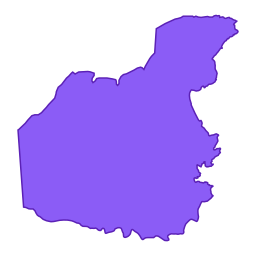 Louvet, Dennery, Saint Lucia (Albers equal-area conic projection)
{"feature_id": "8701671B45979799747328", "entity_name": "Louvet", "entity_type": "district", "adm_level": 2, "iso_a3": "LCA", "parent_name": "Saint Lucia", "parent_adm1": "Dennery", "projection": "albers", "projection_center": [-60.883, 13.961], "detail": "fine", "context": "isolated", "style": "filled", "palette": "violet", "viewbox_px": 256, "rotation_deg": 0, "n_neighbors": 0, "source": "geoboundaries", "source_scale": "gbopen_adm2", "svg_char_len": 5828}
<svg xmlns="http://www.w3.org/2000/svg" viewBox="0 0 256 256"><path d="M18.0,130.0L23.6,207.1L26.0,207.5L28.8,208.8L30.7,209.0L33.1,209.0L34.9,210.7L36.1,213.2L37.4,215.2L39.0,216.3L40.1,216.7L43.1,219.3L46.4,220.7L47.7,221.0L51.0,221.7L53.7,221.5L59.7,220.3L63.8,220.0L67.8,220.1L71.8,220.8L73.7,221.5L76.9,223.0L78.7,223.2L80.0,223.9L81.2,225.4L82.9,226.3L86.0,226.4L87.6,226.6L89.9,228.1L90.5,228.4L91.8,228.2L94.1,228.4L95.2,228.1L95.8,228.2L96.8,228.6L98.0,229.8L98.7,230.2L99.2,230.4L100.2,230.5L100.8,230.4L102.2,228.7L102.6,228.4L102.9,228.3L103.8,228.5L104.5,229.5L105.2,232.8L105.6,233.2L105.9,233.3L106.3,233.2L108.9,232.3L111.6,231.8L112.7,231.4L113.8,230.9L114.2,230.6L115.2,228.7L115.4,228.6L116.3,228.4L117.8,227.7L119.7,227.7L120.8,228.1L121.4,228.7L122.6,232.0L123.3,233.2L123.6,236.2L123.7,236.6L124.2,237.1L124.6,237.3L125.7,237.3L127.3,236.7L128.2,236.2L129.3,235.2L130.3,233.9L131.1,231.0L131.6,229.9L131.9,229.6L132.3,229.5L132.9,229.7L134.9,231.4L137.2,232.8L138.2,233.6L139.8,235.7L141.5,238.7L142.3,239.4L142.8,239.5L143.2,239.4L144.4,238.5L145.6,237.8L147.6,237.6L153.7,237.6L155.5,236.1L156.6,235.9L158.2,236.2L159.1,236.7L164.6,240.4L166.2,240.6L167.3,240.6L168.7,240.1L168.8,239.8L168.8,239.3L168.6,238.6L167.8,237.5L167.7,236.9L167.7,236.3L168.0,235.5L169.6,234.4L171.3,233.8L173.8,234.0L175.8,233.9L177.8,234.2L178.8,234.1L180.4,233.7L182.0,233.9L182.9,233.7L183.5,233.1L183.8,232.4L183.8,231.7L183.6,230.2L184.7,226.5L185.7,224.1L186.3,223.4L187.8,221.8L189.8,219.9L190.7,219.4L191.7,219.3L192.9,219.7L196.5,221.4L196.9,221.3L197.4,220.8L197.8,219.9L198.3,218.1L198.5,216.7L198.1,214.4L197.9,212.0L197.9,210.0L198.3,208.6L199.7,206.0L200.6,203.8L201.6,202.0L202.0,201.6L202.3,201.6L204.4,201.7L207.4,201.1L211.2,198.0L211.6,197.4L212.0,197.0L212.0,196.8L212.6,196.4L213.0,195.8L212.8,195.5L212.1,195.1L211.0,193.1L211.0,192.1L210.5,189.8L210.7,188.8L211.1,187.6L212.9,186.3L212.9,186.1L212.4,185.9L211.8,186.3L211.7,185.6L211.1,185.7L210.0,185.4L209.3,185.4L209.3,184.8L208.2,184.4L207.7,184.1L207.7,182.8L207.3,182.5L206.5,182.3L206.0,182.0L205.7,182.0L205.6,182.3L205.2,182.4L204.7,182.1L203.9,182.7L203.5,182.9L201.1,182.4L200.0,182.3L199.0,181.4L198.3,181.4L197.9,181.5L197.4,181.4L196.0,182.3L195.8,182.3L195.2,182.0L194.7,181.4L194.1,179.7L194.1,178.6L194.2,178.2L195.0,177.8L195.6,177.9L196.1,178.4L196.6,178.1L197.4,178.1L197.9,177.8L197.5,176.7L198.8,176.6L199.5,176.3L200.1,175.7L200.2,175.2L199.9,174.6L200.5,173.4L199.9,172.8L199.4,172.6L198.6,171.7L198.5,170.5L197.2,168.7L197.0,167.8L197.2,167.2L197.0,166.2L197.0,165.2L197.3,164.9L199.5,165.9L199.5,166.1L200.1,166.3L200.6,166.7L201.0,166.8L201.9,164.6L201.8,164.1L202.3,163.8L202.8,163.6L203.6,163.0L203.7,162.2L204.3,161.8L204.9,161.8L204.9,163.7L205.2,164.1L205.2,165.1L205.3,165.9L206.5,166.8L207.2,166.6L207.7,166.9L208.7,166.6L210.2,166.2L211.1,166.3L213.1,164.6L213.1,164.2L212.0,164.2L211.5,163.8L210.9,162.8L211.1,162.6L211.2,162.2L212.0,161.4L211.8,160.6L211.9,159.7L212.1,159.4L213.6,158.7L214.8,157.1L216.4,156.1L218.2,155.3L218.8,154.2L220.3,152.6L220.3,152.3L219.7,151.6L219.6,151.3L219.8,150.1L220.3,149.5L220.5,148.8L220.2,148.3L219.4,148.3L218.8,148.6L217.0,148.6L215.2,149.8L214.1,149.9L213.6,149.3L213.8,148.0L215.0,146.9L215.1,145.8L216.3,144.0L217.9,141.0L217.6,139.4L217.3,138.3L217.2,137.4L217.3,136.9L218.5,135.2L218.2,134.8L216.4,133.9L215.4,134.1L213.6,134.9L212.0,135.1L209.5,135.8L208.8,135.4L208.2,133.0L205.7,130.4L205.2,129.6L203.8,127.8L203.2,127.5L201.6,126.3L201.7,125.1L202.1,123.5L201.9,122.3L201.2,120.8L200.9,120.5L199.8,121.0L199.1,120.6L198.3,119.7L194.8,112.9L191.2,105.0L191.2,103.7L189.8,99.1L189.4,95.5L189.6,93.1L190.5,91.1L191.3,90.0L191.5,89.9L192.9,90.2L193.6,90.2L196.2,91.0L198.6,90.6L199.6,90.1L200.6,89.4L201.0,88.6L201.0,88.0L201.2,87.5L202.4,86.3L203.3,86.2L203.7,86.4L203.9,86.8L204.0,87.3L204.1,87.6L204.4,87.7L204.8,87.6L205.7,86.5L206.2,86.2L207.4,85.9L208.0,85.1L209.0,84.2L210.3,84.2L211.6,83.9L212.1,83.6L212.7,83.5L213.6,82.7L214.9,81.9L215.6,80.4L216.2,79.8L216.3,79.4L216.2,79.3L215.7,79.5L215.6,79.4L215.6,79.2L216.5,77.2L216.5,76.1L217.1,73.4L216.5,71.5L215.6,70.0L215.3,69.3L215.1,68.2L215.2,65.3L214.9,63.8L214.9,62.9L214.7,61.8L214.5,61.3L214.2,60.9L212.9,59.6L212.5,59.0L212.2,58.9L212.6,58.0L213.5,57.0L214.3,55.8L215.7,54.8L216.9,53.1L217.7,52.3L220.6,48.3L221.0,48.1L221.9,48.4L222.1,48.3L222.2,47.9L221.6,47.1L221.7,46.3L222.6,44.4L224.6,41.6L225.2,41.1L226.4,40.5L226.5,40.3L226.6,39.6L227.2,39.2L227.6,38.6L228.2,38.8L228.4,38.7L228.9,38.2L229.7,37.1L230.4,36.8L231.7,36.6L232.7,36.0L233.2,35.4L233.3,34.8L233.5,34.6L233.9,34.6L234.3,34.8L234.6,34.6L235.1,33.8L236.4,33.6L237.6,32.5L238.0,31.6L237.7,30.8L237.1,30.2L235.8,29.6L235.1,29.1L234.9,28.5L234.7,27.7L234.7,25.6L234.5,25.1L233.7,24.7L233.9,23.9L234.6,23.1L235.6,22.4L235.9,21.9L236.7,21.4L236.8,21.2L236.1,20.9L235.5,20.4L234.3,20.1L232.7,19.4L231.6,18.5L229.9,18.2L229.4,17.5L229.1,17.4L227.2,17.8L226.2,18.3L225.2,18.4L224.3,18.1L223.8,17.4L222.8,16.9L219.7,17.4L219.6,16.3L219.5,15.9L219.1,15.6L217.2,15.9L216.1,15.4L214.1,15.9L212.5,17.1L209.7,17.1L207.5,16.5L201.1,17.4L198.4,17.1L195.9,16.2L193.9,17.1L192.6,16.2L183.2,16.2L181.0,17.6L177.9,18.5L175.1,19.1L165.2,23.6L156.3,28.7L154.7,53.0L151.4,56.4L149.7,58.7L145.3,66.3L143.9,69.5L142.2,67.8L140.6,67.2L137.3,68.1L134.0,70.1L126.5,73.8L123.4,74.6L121.0,76.6L119.0,80.3L119.0,83.7L117.6,85.4L116.5,84.3L116.3,81.2L115.7,79.7L112.4,78.9L106.9,78.0L99.1,78.0L96.6,78.6L95.2,80.9L93.0,82.6L91.9,80.9L92.2,78.3L94.1,75.5L94.1,73.2L90.0,71.8L87.8,71.5L78.7,72.0L75.1,74.0L72.7,72.1L71.4,73.2L68.8,76.1L66.5,78.1L61.6,84.5L58.2,87.3L56.4,91.5L56.0,94.0L54.7,98.2L48.7,104.5L46.4,107.4L44.1,109.8L41.5,112.7L38.3,114.8L34.8,114.8L31.9,115.7L28.0,119.9L25.3,123.3L18.7,129.6L18.0,130.0Z" fill="#8b5cf6" stroke="#5b21b6" stroke-width="1.5"/></svg>